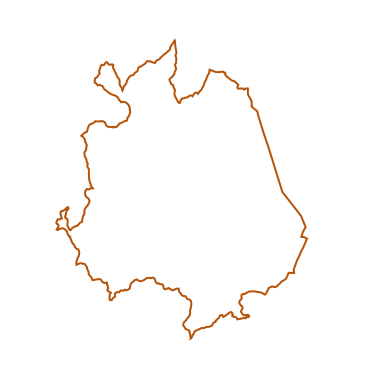 the district of Morropon, Piura, Peru, rotated 195°
{"feature_id": "86281439B77649611838615", "entity_name": "Morropon", "entity_type": "district", "adm_level": 2, "iso_a3": "PER", "parent_name": "Peru", "parent_adm1": "Piura", "projection": "natural_earth1", "projection_center": [-79.876, -5.271], "detail": "fine", "context": "isolated", "style": "outline", "palette": "amber", "viewbox_px": 384, "rotation_deg": 195, "n_neighbors": 0, "source": "geoboundaries", "source_scale": "gbopen_adm2", "svg_char_len": 5968}
<svg xmlns="http://www.w3.org/2000/svg" viewBox="0 0 384 384"><g transform="rotate(195 192 192)"><path d="M155.4,50.1L154.7,50.9L154.5,52.7L153.4,57.1L153.4,58.1L147.6,63.0L146.8,63.4L145.3,63.5L143.8,65.0L140.5,66.3L139.0,67.3L138.1,68.4L137.5,71.0L136.6,72.1L135.6,72.7L135.8,73.8L134.5,75.5L134.3,76.3L133.6,76.8L133.0,80.0L130.9,81.0L129.5,79.4L127.5,81.3L127.1,82.3L125.6,83.5L124.7,85.2L123.4,86.1L121.6,85.3L121.3,84.2L120.8,84.1L121.0,82.6L119.4,82.2L117.3,82.4L116.2,82.0L115.2,80.7L109.0,83.8L107.4,84.0L107.2,85.1L104.7,86.2L104.8,87.1L106.0,87.8L110.2,86.3L112.2,87.6L113.7,89.0L113.8,89.7L113.1,92.5L113.3,93.8L114.6,94.9L115.3,94.9L117.6,97.0L117.8,98.1L117.6,99.7L116.4,101.9L117.5,104.7L117.4,105.6L116.0,106.9L115.1,106.8L111.5,110.4L109.1,111.3L106.3,112.1L99.2,112.8L95.1,111.8L94.2,113.0L93.9,115.3L93.2,117.0L93.1,118.7L92.3,120.0L90.0,121.6L87.2,121.5L85.7,122.7L85.1,124.0L83.8,125.6L82.3,128.8L79.9,131.0L78.6,132.9L77.7,139.0L72.4,140.2L73.7,143.3L72.8,153.6L71.6,158.9L71.3,162.4L70.2,167.2L68.8,176.7L72.2,177.4L74.8,177.0L74.5,182.0L73.2,187.5L80.4,197.1L104.7,215.4L129.3,254.3L137.5,266.6L147.9,283.1L149.8,286.8L156.7,290.0L156.6,290.7L158.0,295.3L163.2,300.7L164.8,306.4L166.3,306.2L168.3,304.4L169.0,305.1L169.8,305.1L174.3,303.8L175.2,304.5L175.1,307.6L179.3,309.9L182.4,310.0L187.5,312.2L189.6,313.3L190.9,315.7L191.4,315.2L192.8,316.2L193.4,316.2L197.8,314.5L200.7,314.0L203.8,314.6L204.4,314.2L206.6,314.8L206.7,313.9L206.3,312.3L206.3,310.8L207.0,309.0L207.6,303.5L208.3,300.9L208.2,298.7L209.4,293.2L210.8,290.9L211.6,288.4L212.9,289.0L214.1,289.0L214.8,288.4L215.6,286.8L216.2,284.6L217.3,285.0L219.3,284.5L220.1,283.1L221.4,282.0L222.5,281.6L224.7,280.0L225.6,279.9L226.3,278.8L226.8,276.7L226.6,275.1L227.8,274.7L228.8,275.4L233.2,280.1L234.4,282.2L234.9,286.3L236.7,288.0L237.8,290.3L240.1,290.9L242.9,294.6L242.9,295.1L241.3,297.9L240.3,298.9L240.4,299.7L239.5,301.7L240.0,303.2L239.3,305.3L239.4,307.6L240.6,308.9L241.4,310.7L240.8,312.3L241.7,317.1L242.7,318.4L243.4,320.1L243.0,321.3L243.3,323.0L246.1,329.1L247.4,333.2L247.9,333.9L250.4,326.7L250.2,324.4L250.6,323.0L251.7,321.7L252.9,319.5L254.3,318.1L256.6,314.5L257.8,312.0L260.6,309.4L261.1,307.1L263.7,307.0L265.9,307.5L266.9,307.0L269.2,307.0L270.5,303.8L272.6,301.5L273.3,300.4L275.1,299.4L275.6,298.7L276.0,297.9L276.0,294.6L278.2,292.0L278.7,290.2L279.5,289.5L281.2,288.7L282.6,286.3L283.6,282.7L283.6,279.5L285.1,276.3L285.4,272.0L286.1,272.7L286.9,274.4L289.7,276.9L290.6,280.4L291.5,282.2L293.9,283.8L296.6,287.3L298.3,288.9L299.0,290.3L300.1,290.9L300.8,292.2L300.7,294.0L301.2,294.5L301.8,294.7L303.1,294.3L303.6,293.8L305.3,293.7L306.0,293.9L306.8,294.9L307.9,295.3L308.6,295.2L309.5,293.3L309.5,292.3L310.6,291.5L312.2,291.5L312.6,290.6L313.0,284.9L312.7,283.9L311.9,282.9L313.4,278.3L315.1,276.6L314.4,272.6L312.9,272.2L310.7,270.6L308.8,271.6L307.7,271.2L306.1,271.3L303.1,268.4L300.1,267.4L298.5,266.3L296.7,266.1L295.5,265.5L290.1,265.1L287.8,263.9L286.5,262.2L285.4,261.7L284.0,260.3L282.5,260.8L281.5,261.5L278.4,261.3L277.8,260.6L276.4,260.1L274.9,258.8L274.7,258.0L273.6,256.8L273.5,255.2L273.1,255.0L272.1,252.8L272.5,251.1L272.4,249.4L273.6,246.7L273.3,244.9L273.6,243.9L275.4,243.0L278.9,239.8L279.8,239.5L280.4,237.6L281.7,235.4L282.4,234.9L283.9,234.9L284.6,233.9L286.2,234.3L287.8,233.4L290.2,233.4L291.8,233.9L292.3,234.3L294.1,236.7L296.2,237.3L299.2,236.6L299.9,236.0L303.8,235.3L304.1,234.3L304.7,233.6L308.2,230.7L308.8,229.1L309.1,227.0L309.0,224.7L309.2,222.7L310.2,222.4L311.4,220.7L312.0,220.3L312.2,219.5L313.5,217.7L313.3,217.4L312.5,217.4L311.3,216.9L309.0,214.9L308.4,213.2L305.8,210.3L305.3,204.5L306.1,203.1L306.2,202.1L304.6,198.5L302.4,196.1L301.5,193.8L300.0,192.4L299.9,189.8L297.5,187.3L295.3,179.3L292.8,174.2L291.8,173.4L291.6,172.2L288.7,169.9L290.9,169.3L292.2,167.7L294.4,167.7L294.9,165.8L295.5,165.2L294.8,162.3L293.3,160.1L290.6,159.0L289.1,157.7L288.6,156.8L288.7,156.2L288.6,154.8L289.5,151.5L290.1,150.6L290.8,148.6L291.2,146.4L290.3,143.5L290.4,142.2L291.1,140.6L290.8,139.0L291.0,137.5L290.4,134.8L292.1,133.4L293.0,131.5L293.6,131.0L293.8,129.8L294.9,129.3L297.5,127.2L298.7,125.6L299.5,123.6L301.2,124.1L302.3,125.9L303.7,127.2L304.5,131.5L305.5,133.7L307.4,134.1L308.1,134.9L308.3,141.4L306.9,143.8L307.7,145.2L309.0,144.4L309.9,142.6L311.8,140.3L313.6,139.5L313.5,137.1L310.9,132.8L311.7,132.6L312.6,131.2L314.2,131.0L314.8,130.5L315.2,127.2L314.2,126.2L312.7,126.0L312.4,125.5L312.1,124.2L313.0,120.6L312.1,120.5L311.8,121.1L311.4,120.9L310.5,122.1L307.6,123.5L305.7,123.2L304.1,122.6L302.1,120.9L301.6,119.6L300.1,118.1L299.1,117.8L298.8,117.2L298.4,117.3L297.9,117.0L297.9,116.4L294.4,111.8L292.0,110.3L290.9,108.6L288.2,107.0L286.9,107.2L285.4,104.8L284.9,102.9L284.9,100.6L285.5,98.6L285.4,96.7L285.6,95.4L285.5,93.5L284.9,92.6L284.7,91.8L282.3,93.8L281.1,94.4L280.3,94.6L279.2,94.3L278.2,94.7L276.8,94.6L273.9,92.0L273.7,91.1L271.1,87.9L270.7,86.3L270.2,85.6L267.0,83.4L265.3,81.1L259.2,83.9L257.2,83.8L256.1,82.5L254.2,81.5L253.0,81.4L250.8,82.5L249.9,80.2L249.1,79.8L248.8,78.5L248.0,77.6L248.5,75.9L248.2,75.1L246.2,74.0L244.4,73.8L244.8,70.8L244.0,67.3L243.3,66.4L241.5,66.8L241.2,68.5L239.4,70.9L239.3,71.8L240.1,73.7L239.5,75.1L239.0,75.6L236.7,76.2L235.3,78.3L234.5,78.8L232.5,78.9L231.5,80.4L229.7,80.1L227.4,82.2L227.2,82.8L227.4,86.1L227.1,88.3L225.4,90.6L225.0,91.6L222.6,93.3L221.9,92.8L218.6,92.4L215.8,94.3L213.4,97.2L211.2,98.0L209.1,98.3L207.9,99.2L206.8,99.2L205.3,98.1L203.7,95.6L202.4,94.9L201.3,94.6L200.6,95.2L198.3,94.7L196.7,95.1L195.8,94.5L194.2,91.5L192.8,91.0L189.7,93.2L188.3,92.6L185.1,92.0L182.2,94.5L179.9,95.2L178.6,92.3L176.7,91.3L176.2,90.4L174.1,89.3L171.2,89.6L168.9,87.4L166.3,87.4L164.6,86.2L163.6,83.5L163.1,78.9L163.2,76.8L162.4,74.3L162.3,72.7L163.1,70.1L164.1,68.2L164.7,66.2L166.0,64.1L166.3,61.6L166.0,61.1L162.6,57.9L159.7,57.8L158.1,56.7L158.2,55.8L156.7,53.7L156.5,52.6L155.5,51.0L155.4,50.1Z" fill="none" stroke="#b45309" stroke-width="2"/></g></svg>